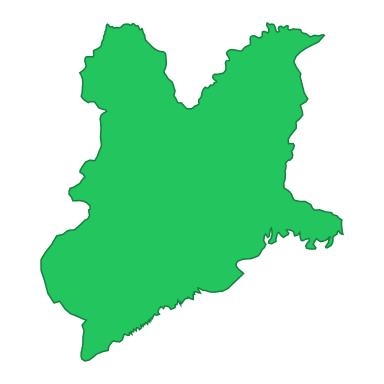 Dinguiraye, Dinguiraye, Guinea (Robinson projection)
{"feature_id": "49546643B8348239056405", "entity_name": "Dinguiraye", "entity_type": "district", "adm_level": 2, "iso_a3": "GIN", "parent_name": "Guinea", "parent_adm1": "Dinguiraye", "projection": "robinson", "projection_center": [-10.609, 11.571], "detail": "fine", "context": "isolated", "style": "filled", "palette": "green", "viewbox_px": 384, "rotation_deg": 0, "n_neighbors": 0, "source": "geoboundaries", "source_scale": "gbopen_adm2", "svg_char_len": 5849}
<svg xmlns="http://www.w3.org/2000/svg" viewBox="0 0 384 384"><path d="M180.7,305.0L180.7,302.1L181.8,303.2L184.6,299.5L185.5,298.7L187.7,298.4L187.7,297.2L189.0,297.7L190.6,298.7L193.3,299.5L193.1,294.6L194.6,294.3L193.8,292.0L196.1,291.8L197.8,292.5L200.4,293.2L198.7,290.0L197.9,288.0L199.4,288.2L202.2,290.0L205.8,290.6L210.4,292.0L215.1,292.1L220.5,291.3L222.3,291.3L227.9,288.5L243.6,273.4L238.8,269.4L237.9,268.6L236.1,265.7L236.2,263.4L237.9,261.1L243.0,259.2L251.0,258.6L257.9,256.1L259.8,254.0L262.2,249.5L264.3,247.7L265.9,244.3L264.9,242.9L263.7,240.8L264.4,235.7L265.7,234.1L267.9,237.5L269.5,235.9L269.7,233.0L270.3,230.0L271.2,228.2L271.8,229.9L272.1,234.8L270.9,238.6L268.9,240.9L268.5,243.0L271.4,243.8L276.0,241.4L275.8,239.6L276.8,235.4L277.4,233.4L278.6,232.5L281.9,236.3L283.6,237.4L286.1,235.5L288.0,234.7L288.8,233.2L286.3,230.0L287.7,229.5L289.8,230.2L291.2,230.2L293.7,232.0L294.7,235.9L298.0,234.9L299.8,232.5L300.2,237.1L301.0,240.2L302.8,240.8L305.4,239.4L308.9,238.5L309.5,240.5L307.0,243.4L305.7,246.1L306.7,248.3L309.6,248.9L312.8,249.0L315.3,248.9L315.9,247.9L313.3,244.2L314.2,242.1L316.6,238.5L317.9,240.0L320.7,241.7L324.7,240.7L327.6,239.2L328.6,237.4L329.7,237.0L329.5,238.3L328.7,240.5L328.4,242.7L325.5,246.8L326.4,247.9L328.0,247.4L331.1,245.4L332.7,242.4L333.0,239.4L333.0,236.9L334.6,235.7L337.0,234.1L337.1,233.1L337.5,231.7L338.8,230.9L339.6,232.6L340.9,233.7L341.7,234.1L343.0,234.3L342.6,233.2L341.6,226.7L341.6,225.0L341.5,224.1L341.5,222.4L341.9,219.9L339.3,218.5L337.0,215.9L333.0,214.7L331.5,212.6L326.1,212.0L324.6,211.6L321.5,210.4L319.1,209.6L316.6,210.2L314.5,210.1L312.3,207.9L310.8,204.6L305.0,201.4L300.3,201.5L295.8,200.6L293.7,199.7L291.2,193.9L289.8,191.9L288.0,190.5L284.7,188.4L283.9,187.5L284.0,186.3L283.8,183.0L285.0,179.4L285.4,174.3L285.0,171.0L285.7,169.0L286.0,166.0L285.6,163.5L286.6,161.7L288.8,160.0L289.9,160.2L292.3,157.7L292.7,154.7L291.5,151.3L293.5,148.6L294.3,145.4L293.1,143.6L288.5,143.7L288.2,139.4L290.4,135.5L296.2,128.3L296.3,125.3L296.0,122.0L299.1,119.5L302.7,115.1L302.3,111.5L300.3,105.2L305.9,101.7L307.8,98.8L306.2,96.4L304.1,92.6L302.0,84.0L300.1,76.8L300.7,73.6L296.4,67.3L293.8,61.6L296.2,56.2L300.6,51.8L306.4,48.0L311.8,45.2L318.5,41.9L324.3,35.4L323.3,34.8L321.5,35.0L319.6,35.8L318.4,35.9L314.2,35.3L311.5,36.6L310.2,36.7L306.0,33.7L302.3,32.9L301.6,32.3L300.7,29.9L299.7,29.4L295.6,29.3L293.2,28.9L290.1,30.0L288.8,29.8L288.2,29.1L287.9,28.0L288.2,26.2L287.7,25.7L286.5,25.7L283.4,27.8L281.3,26.3L279.8,26.4L278.8,27.1L278.5,28.5L279.2,31.0L278.5,31.9L277.4,32.0L276.2,31.4L274.9,26.6L273.9,24.8L273.1,24.3L271.4,24.1L269.8,24.7L267.7,23.2L267.1,23.0L266.7,24.3L266.9,25.6L268.7,29.0L268.8,31.1L268.1,32.9L264.3,31.4L262.8,31.6L262.2,32.2L262.3,35.9L261.7,36.9L259.9,37.7L259.9,38.0L257.6,37.5L254.2,35.7L252.4,35.9L250.9,36.7L250.1,38.2L250.5,43.8L250.2,44.8L245.6,46.8L244.4,47.7L242.3,50.2L240.6,51.2L238.1,50.8L235.9,50.1L232.0,49.6L230.0,49.8L228.3,50.7L227.0,52.1L226.5,53.8L227.4,55.3L229.1,57.9L229.5,59.6L229.1,60.5L226.5,60.9L225.8,61.6L225.4,63.4L226.1,66.8L225.9,67.5L226.1,68.3L225.5,70.6L223.3,73.1L217.4,74.4L214.6,74.2L213.0,75.6L212.8,77.7L214.4,79.8L216.3,81.1L216.5,81.8L216.1,82.3L214.2,82.9L213.3,84.8L212.2,85.3L210.6,85.0L208.2,87.9L206.8,88.0L205.2,87.2L203.4,89.2L202.2,92.2L201.2,96.8L200.5,98.1L198.9,99.5L198.7,101.0L199.0,103.7L198.5,104.4L196.4,105.6L194.6,106.1L193.9,106.9L193.8,107.3L191.7,108.6L187.6,108.9L186.0,108.1L181.6,103.0L178.3,102.8L177.4,102.1L175.8,98.3L173.8,95.7L175.1,90.8L174.1,88.0L172.6,82.9L171.5,81.5L167.8,78.4L165.9,74.9L164.5,73.6L163.9,71.5L164.1,70.5L165.3,68.8L166.2,64.2L166.3,62.2L165.6,54.1L165.0,53.0L163.6,51.9L159.3,51.3L156.2,49.9L152.6,47.3L146.9,41.5L145.4,39.7L144.9,37.9L144.6,35.0L143.2,32.8L142.3,29.0L141.9,28.6L140.3,29.8L139.5,29.4L138.4,26.3L137.7,25.9L136.0,25.9L133.7,23.8L132.7,23.6L131.1,25.1L130.2,25.1L128.2,24.1L124.9,24.2L123.3,24.9L120.7,27.4L119.2,27.7L115.8,27.6L114.0,28.2L112.9,27.0L112.3,26.7L110.0,26.9L108.6,25.0L107.3,24.2L106.5,25.2L106.1,29.2L105.0,31.7L105.0,33.4L103.8,36.1L103.4,39.3L102.2,41.3L101.0,46.3L98.9,47.9L96.5,49.3L95.0,49.8L93.8,50.6L93.4,51.8L93.9,54.9L93.5,56.2L92.7,56.8L87.1,56.7L85.9,57.2L85.3,58.1L84.8,60.9L86.2,65.9L85.2,68.2L83.0,70.6L79.7,72.8L81.0,74.9L82.4,78.4L82.9,83.3L82.5,86.6L82.2,92.7L81.2,96.3L83.0,98.8L85.1,100.6L88.4,102.6L89.6,101.9L92.0,101.7L94.6,101.9L98.8,107.8L101.9,109.0L105.5,109.8L106.6,111.4L103.9,112.9L101.2,115.0L100.1,118.5L100.8,123.3L101.0,130.0L100.5,136.7L101.5,145.8L99.3,150.9L97.1,156.9L94.6,160.8L89.9,160.1L85.4,162.2L82.2,166.9L80.1,170.4L80.0,172.3L83.5,174.5L84.8,177.2L83.5,178.3L81.2,181.1L79.8,183.5L77.5,184.8L73.8,187.2L70.1,188.3L69.1,191.2L69.1,194.3L71.4,196.9L72.9,200.8L77.6,200.7L79.3,200.5L83.0,201.1L86.5,202.5L88.5,204.5L90.0,205.8L90.2,209.0L88.6,210.0L89.5,215.8L87.6,219.1L85.0,220.1L81.1,224.0L78.7,226.2L74.4,229.9L69.3,230.2L66.7,231.3L63.0,234.4L56.7,235.8L51.7,244.5L45.4,252.4L41.0,259.8L41.1,270.3L44.6,280.7L47.9,293.4L54.1,303.0L59.7,301.3L64.9,308.8L70.2,313.5L77.9,316.6L83.6,319.2L86.3,320.1L82.1,325.1L84.1,330.8L83.0,337.1L82.9,344.8L81.2,352.6L81.1,356.7L82.1,359.2L85.0,361.0L89.2,360.0L93.6,356.8L96.6,354.1L102.7,351.6L108.3,350.4L108.8,346.2L112.4,341.6L113.3,341.1L119.6,341.9L122.3,339.8L124.2,334.0L127.9,335.5L129.2,335.2L129.6,332.7L131.8,334.2L131.1,331.7L133.6,331.7L133.8,329.2L136.3,330.8L136.5,327.7L138.0,327.8L139.5,329.6L141.4,327.9L140.9,325.1L143.0,326.5L143.4,324.2L144.7,324.7L145.4,322.5L147.6,324.2L148.1,321.2L149.7,322.0L149.2,319.9L150.9,320.7L150.9,318.1L152.3,318.7L153.5,315.7L154.6,314.2L156.5,315.3L159.5,314.3L157.7,311.9L159.0,309.0L161.0,306.7L163.6,308.6L164.2,306.9L165.0,305.9L168.7,306.5L170.9,309.4L175.1,307.5L175.3,304.8L176.9,304.6L177.9,300.2L180.7,305.0Z" fill="#22c55e" stroke="#15803d" stroke-width="1.5"/></svg>